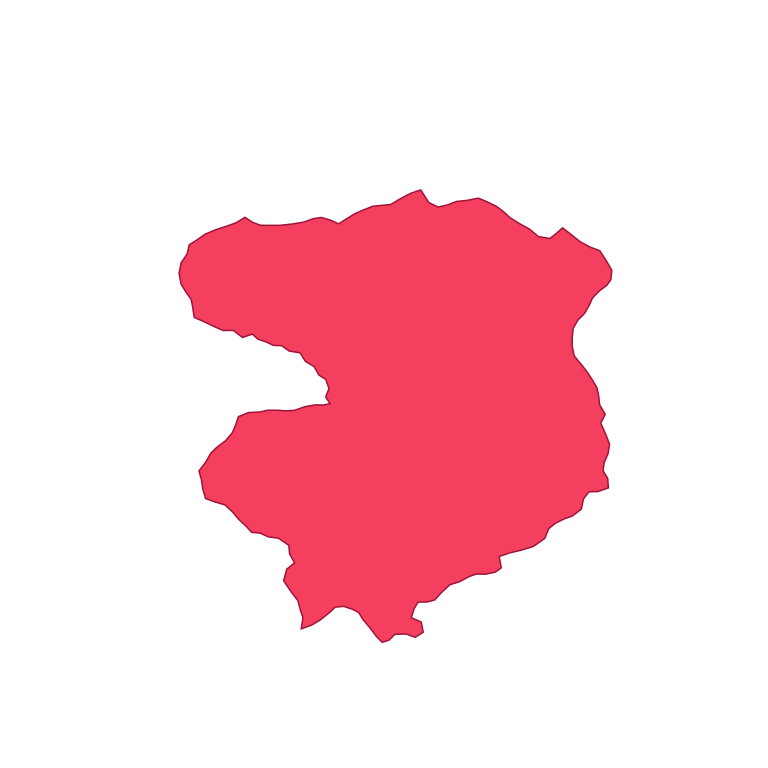 the district of Onça de Pitangui, Minas Gerais, Brazil, rotated 310°
{"feature_id": "56859067B58243953475377", "entity_name": "Onça de Pitangui", "entity_type": "district", "adm_level": 2, "iso_a3": "BRA", "parent_name": "Brazil", "parent_adm1": "Minas Gerais", "projection": "mercator", "projection_center": [-44.742, -19.698], "detail": "fine", "context": "isolated", "style": "filled", "palette": "rose", "viewbox_px": 768, "rotation_deg": 310, "n_neighbors": 0, "source": "geoboundaries", "source_scale": "gbopen_adm2", "svg_char_len": 2391}
<svg xmlns="http://www.w3.org/2000/svg" viewBox="0 0 768 768"><g transform="rotate(310 384 384)"><path d="M281.3,569.1L290.7,572.7L297.7,576.8L303.4,583.9L311.6,590.3L318.5,592.0L326.0,583.1L336.3,589.5L344.8,595.9L355.5,602.8L369.0,606.4L379.1,603.2L387.3,604.7L396.4,608.7L403.9,613.1L414.9,615.6L424.2,610.7L433.2,610.3L439.2,617.1L448.7,622.7L455.5,616.0L458.4,607.5L465.3,603.2L474.7,600.4L482.9,595.5L487.9,586.4L493.4,575.2L503.0,572.9L506.6,562.7L513.8,555.1L518.2,549.2L521.0,541.1L523.5,533.1L525.4,524.7L527.8,511.6L534.1,503.7L541.2,497.9L548.4,493.1L557.5,491.5L566.8,492.3L575.4,490.8L584.2,488.4L594.0,489.2L602.7,491.2L609.7,490.8L617.6,485.3L621.7,473.9L624.8,463.7L621.4,454.0L619.1,443.0L618.8,431.6L618.4,420.4L610.4,419.3L602.2,417.6L596.2,407.6L596.2,396.1L594.0,384.9L592.4,373.8L592.8,365.2L592.4,356.1L589.8,345.8L587.1,336.9L578.2,329.7L570.3,322.1L562.4,317.8L554.4,311.8L551.8,301.7L556.3,287.4L548.1,282.3L541.2,279.3L533.8,276.5L525.8,273.8L519.8,267.8L512.9,261.1L504.0,256.3L495.8,252.2L486.4,249.1L477.6,246.3L475.0,237.4L471.3,229.0L465.3,223.6L456.2,218.3L447.3,210.6L438.6,202.2L431.9,194.3L426.4,187.6L423.5,180.0L422.3,170.3L412.5,167.1L403.6,161.9L394.0,155.9L383.9,150.7L373.4,147.9L365.6,145.3L357.0,149.6L346.4,150.7L337.0,155.9L330.1,164.3L327.2,172.8L324.8,182.0L320.0,187.9L313.0,195.9L315.9,205.5L318.5,215.8L321.6,226.4L328.2,234.2L328.7,245.8L337.6,251.0L337.3,258.6L340.4,266.7L342.6,274.6L347.6,281.0L348.3,290.2L353.9,299.7L350.8,309.3L352.4,319.3L349.0,328.5L350.1,336.4L345.2,344.8L336.6,347.6L334.2,355.3L328.7,350.9L324.1,345.0L315.9,338.1L306.1,332.2L300.1,325.7L295.1,318.8L289.2,311.8L282.8,306.9L275.1,298.6L265.5,293.5L256.5,296.9L249.3,299.1L238.8,299.1L227.8,296.6L219.6,295.8L209.0,297.7L198.5,298.1L193.6,305.3L186.9,312.9L181.6,321.0L185.0,330.5L189.1,339.7L188.6,350.6L186.9,359.8L186.4,370.1L185.3,378.0L190.1,384.9L192.5,393.6L198.0,402.2L199.2,414.8L193.2,420.8L189.4,430.5L179.7,428.5L168.8,433.6L165.3,445.6L162.7,457.3L157.1,465.2L152.9,472.1L143.2,478.0L152.9,483.6L162.4,486.9L174.1,489.2L181.6,490.0L187.6,495.9L191.0,504.0L192.7,511.5L190.1,519.1L188.3,529.2L185.7,540.8L185.0,548.7L191.0,552.5L199.2,553.2L206.7,561.7L210.0,570.7L219.1,573.6L225.6,565.5L222.5,555.1L231.3,551.5L238.8,550.3L244.4,556.8L251.2,561.7L260.5,562.0L272.6,563.5L281.3,569.1Z" fill="#f43f5e" stroke="#9f1239" stroke-width="1.5"/></g></svg>